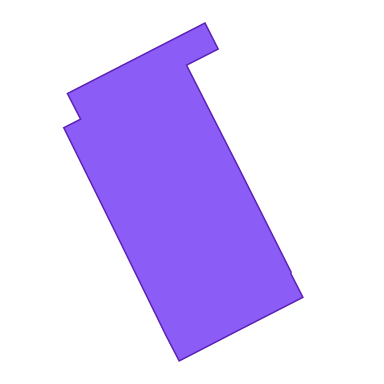 the district of Liberty, Montana, United States of America, rotated 153°
{"feature_id": "52423323B12424842950732", "entity_name": "Liberty", "entity_type": "district", "adm_level": 2, "iso_a3": "USA", "parent_name": "United States of America", "parent_adm1": "Montana", "projection": "robinson", "projection_center": [-111.06, 48.565], "detail": "fine", "context": "isolated", "style": "filled", "palette": "violet", "viewbox_px": 384, "rotation_deg": 153, "n_neighbors": 0, "source": "geoboundaries", "source_scale": "gbopen_adm2", "svg_char_len": 356}
<svg xmlns="http://www.w3.org/2000/svg" viewBox="0 0 384 384"><g transform="rotate(153 192 192)"><path d="M103.8,307.5L103.7,336.7L258.3,336.3L258.2,307.5L277.1,307.5L278.5,191.6L280.3,75.6L280.1,47.3L242.2,47.5L211.2,47.7L141.0,47.8L141.0,74.6L140.1,75.6L139.4,191.7L139.3,307.5L103.8,307.5Z" fill="#8b5cf6" stroke="#5b21b6" stroke-width="1.5"/></g></svg>